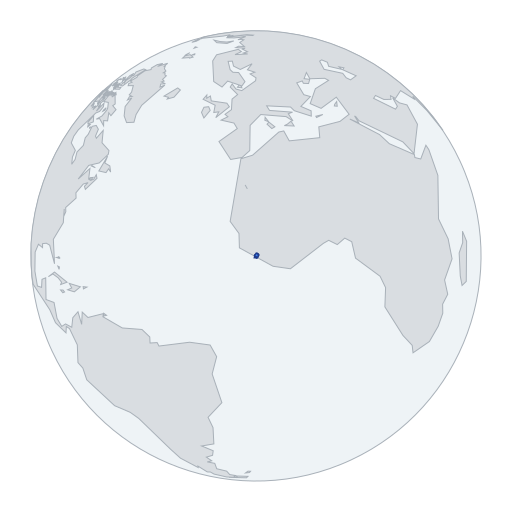 the Earth from above Boke, rotated 335°
{"feature_id": "GIN-5629", "entity_name": "Boke", "entity_type": "Prefecture", "adm_level": 1, "iso_a3": "GIN", "parent_name": "Guinea", "parent_adm1": "", "projection": "orthographic", "projection_center": [-14.564, 11.071], "detail": "fine", "context": "on_globe", "style": "filled", "palette": "blue", "viewbox_px": 512, "rotation_deg": 335, "n_neighbors": 0, "source": "natural_earth", "source_scale": "10m", "svg_char_len": 9674}
<svg xmlns="http://www.w3.org/2000/svg" viewBox="0 0 512 512"><g transform="rotate(335 256 256)"><circle cx="256" cy="256" r="225" fill="#eef3f6" stroke="#a8b0b8"/><path d="M187.1,41.5L187.0,41.8L169.6,50.7L174.2,49.1L170.4,52.4L174.3,52.1L170.0,54.5L176.8,52.3L180.0,50.2L184.1,48.7L186.7,48.5L181.6,51.3L179.6,51.8L179.4,52.6L175.8,54.2L179.1,53.3L172.6,57.2L182.8,53.3L180.7,56.3L175.4,58.9L171.2,58.7L148.2,66.6L141.5,70.4L136.4,75.4L136.9,83.9L131.5,88.7L127.7,95.0L132.9,92.0L137.7,86.1L146.3,82.8L151.2,76.7L155.4,74.8L162.3,69.2L166.4,70.2L166.7,74.5L161.2,79.5L161.1,81.8L170.6,77.6L164.3,88.3L167.3,98.3L165.1,101.4L153.3,105.4L142.7,103.2L127.4,111.1L142.5,106.5L136.8,115.6L138.0,117.6L141.4,117.8L145.6,114.8L144.7,118.4L129.5,123.5L130.0,120.3L134.8,118.5L129.8,117.8L119.5,122.6L117.4,127.5L104.0,131.6L102.4,135.4L98.5,138.8L102.1,132.3L95.4,144.4L79.4,155.2L70.1,177.9L73.6,159.0L71.4,155.8L67.8,154.6L66.1,158.2L63.8,153.4L57.5,159.1L49.2,176.3L45.2,190.8L48.4,193.8L52.2,186.7L56.2,186.9L47.3,206.7L53.3,212.8L49.3,228.5L50.2,237.7L54.7,237.1L58.9,242.7L63.9,234.5L71.1,231.3L69.1,244.3L74.8,233.4L77.7,240.7L93.3,243.7L91.6,246.4L104.4,264.7L121.6,274.4L125.5,284.5L123.2,290.1L129.8,292.7L130.0,296.6L159.4,306.1L176.8,317.3L177.8,330.6L166.4,344.4L163.1,374.5L144.4,381.9L144.5,393.4L138.4,408.5L126.4,405.2L134.9,414.4L132.4,418.3L126.0,417.3L129.3,422.9L124.8,422.0L131.0,426.5L130.5,432.2L138.5,438.6L139.8,443.0L145.3,446.7L143.3,446.1L143.0,446.8L145.2,448.6L136.1,443.9L125.8,435.9L123.4,432.5L120.6,431.1L114.6,421.9L114.2,423.3L102.1,407.3L96.7,394.5L81.1,353.7L75.9,344.5L64.6,331.9L50.3,296.7L51.7,284.4L49.6,277.4L56.5,261.0L56.3,243.0L54.3,239.7L51.3,245.4L46.1,231.7L46.4,217.5L42.1,187.4L44.3,179.9L48.4,169.4L57.3,149.8L65.2,136.2L74.1,123.1L83.8,110.7L94.4,99.1L105.7,88.2L117.8,78.1L130.6,68.8L144.0,60.5L157.9,53.2L172.3,46.8L187.1,41.5ZM66.6,185.4L73.7,199.9L66.9,199.3L68.7,197.6L67.5,192.2L64.3,186.4L59.1,187.0L66.6,185.4ZM76.1,174.5L74.6,173.0L76.4,173.5L76.1,174.5ZM159.6,69.1L160.9,69.1L158.9,70.1L159.6,69.1ZM161.3,66.8L158.1,67.9L158.5,67.0L160.4,66.3L161.3,66.8ZM165.2,65.7L159.5,65.3L160.2,63.8L168.3,60.1L165.2,65.7ZM179.9,49.7L176.6,51.8L177.0,50.3L179.9,49.7ZM179.2,49.1L174.5,47.8L180.7,45.0L181.0,45.8L187.1,42.8L192.4,41.9L190.3,43.4L185.2,45.3L191.1,43.7L179.2,49.1ZM185.8,48.0L184.3,47.8L189.5,45.2L193.5,45.2L190.5,46.0L185.8,48.0ZM186.1,42.6L190.7,41.0L196.3,39.8L198.8,39.1L193.1,41.7L186.1,42.6ZM190.6,46.5L195.4,45.4L195.2,46.6L187.6,48.1L190.6,46.5ZM189.2,44.7L191.9,43.6L191.7,44.1L189.2,44.7ZM197.4,50.8L195.5,50.2L198.1,48.7L197.4,50.8ZM197.1,44.9L197.2,44.6L198.0,44.0L201.0,43.6L197.1,44.9ZM197.4,40.9L198.8,40.9L200.0,39.7L204.3,39.1L199.7,41.1L203.4,40.0L204.7,39.9L199.5,41.8L197.4,40.9ZM206.4,41.7L202.0,44.7L205.0,46.0L202.8,47.2L198.4,45.0L206.4,41.7ZM202.8,41.5L204.5,41.9L200.9,43.0L197.5,43.5L202.8,41.5ZM208.8,38.2L203.5,38.5L204.7,38.1L208.8,38.2ZM208.0,41.8L209.0,41.2L208.6,41.8L208.0,41.8ZM209.3,38.9L207.3,39.0L208.7,38.5L209.3,38.9ZM212.8,39.9L211.3,40.8L209.0,41.0L212.8,39.9ZM211.8,39.3L214.2,38.6L209.0,40.6L210.6,39.4L211.8,39.3ZM211.0,38.5L211.2,38.2L211.7,38.5L211.0,38.5ZM222.5,38.9L216.5,41.3L211.3,41.7L217.9,39.2L222.5,38.9ZM153.6,453.0L138.0,445.2L145.7,449.0L145.3,447.1L155.6,452.3L153.6,453.0ZM154.8,448.2L157.8,447.6L160.1,448.8L158.6,449.5L154.8,448.2ZM478.6,221.1L472.4,196.5L465.6,177.5L465.7,180.7L456.9,167.2L449.0,172.1L445.6,167.6L444.6,171.1L438.1,168.2L432.1,161.0L429.2,162.8L444.5,181.9L447.4,180.1L446.7,170.4L450.7,177.8L456.7,182.9L458.0,204.8L442.5,230.0L437.3,214.6L406.5,177.0L405.4,172.1L405.1,171.6L404.5,170.7L405.4,178.8L398.9,171.5L419.3,198.2L424.3,210.6L442.4,231.0L441.6,233.9L446.3,237.7L456.8,227.4L457.6,232.7L454.9,259.8L437.1,299.5L437.4,321.6L432.5,341.4L416.8,357.4L413.6,371.7L404.8,378.5L401.1,386.8L391.4,396.7L377.0,406.8L357.4,410.1L359.8,403.0L355.6,390.1L351.3,356.6L360.1,339.4L359.9,326.8L345.3,300.0L348.8,283.5L344.0,277.3L334.5,280.0L328.5,272.5L322.4,273.0L281.8,282.1L267.1,272.5L244.4,241.6L250.1,228.4L247.2,213.7L283.4,161.5L295.5,163.2L329.1,153.3L334.0,154.4L334.8,165.7L363.8,175.7L367.5,165.5L389.0,169.5L400.3,166.9L395.9,146.0L377.4,149.7L369.5,140.8L380.5,129.5L396.0,127.5L393.4,124.0L379.7,118.1L379.2,111.0L374.5,115.6L379.4,118.6L376.5,121.9L371.9,119.5L371.9,116.9L366.1,116.3L367.5,130.0L372.7,134.5L359.9,139.4L367.3,147.7L365.2,152.6L352.1,140.5L350.3,135.6L329.1,124.4L329.8,129.8L349.9,141.1L345.4,140.7L346.6,149.3L342.2,142.4L320.1,129.8L305.9,135.1L294.9,157.8L285.1,160.8L273.8,157.8L270.8,136.6L292.9,132.6L292.2,126.2L281.8,118.1L289.4,117.9L287.8,114.5L295.6,113.0L300.6,103.7L307.6,101.9L304.0,92.0L307.1,90.0L308.4,96.2L313.0,100.1L329.7,97.0L331.3,94.5L327.6,88.5L332.6,88.9L326.9,83.6L333.7,80.1L320.6,80.3L315.9,74.4L316.9,69.4L313.0,67.8L311.3,76.2L312.7,79.7L317.8,82.4L319.7,93.3L315.1,95.9L304.2,85.5L296.6,88.5L291.4,80.0L299.2,60.9L305.3,57.0L327.3,61.2L329.1,64.6L322.1,64.6L333.8,69.4L330.4,66.7L334.6,67.3L331.1,62.8L333.9,63.1L325.8,58.6L328.9,58.5L334.0,61.3L331.5,55.6L336.3,54.9L334.4,53.5L331.0,52.3L339.4,52.8L337.7,51.9L334.2,51.2L328.4,49.1L321.4,45.7L324.7,46.1L327.7,47.3L338.9,50.9L346.2,54.8L346.9,54.7L341.3,51.5L327.6,47.0L322.5,44.9L328.8,46.5L326.1,45.8L324.6,44.9L326.2,44.6L319.2,42.8L298.0,35.5L299.0,35.0L306.9,36.7L301.2,35.3L316.8,39.1L332.1,44.0L347.0,49.9L361.5,56.9L375.4,65.0L388.7,74.0L401.4,83.9L413.3,94.7L424.4,106.3L434.6,118.7L444.0,131.8L452.3,145.5L459.7,159.8L466.1,174.6L471.3,189.8L475.5,205.3L478.6,221.1ZM276.2,187.0L276.5,191.5L276.2,187.0ZM416.1,136.3L422.9,135.0L413.3,123.8L415.2,122.6L411.2,119.6L412.6,123.1L402.0,114.8L402.6,110.6L398.4,106.0L396.0,106.3L396.6,115.6L411.8,127.1L413.0,132.5L416.1,136.3ZM93.8,243.6L95.5,246.6L92.8,246.1L93.8,243.6ZM64.5,204.2L66.7,205.3L67.3,207.7L65.4,207.7L64.5,204.2ZM86.4,210.7L89.6,212.7L85.7,212.9L86.4,210.7ZM75.2,201.9L83.8,209.7L76.2,211.7L71.0,207.0L75.5,207.1L75.2,201.9ZM72.1,181.4L73.2,182.8L71.9,184.9L72.1,181.4ZM77.4,174.9L76.8,175.0L76.9,172.8L77.4,174.9ZM137.7,115.3L138.9,115.0L141.6,115.9L139.1,117.0L137.7,115.3ZM161.6,112.6L159.7,118.5L159.3,114.7L155.3,117.0L149.5,112.5L163.7,102.8L158.3,107.8L161.6,112.6ZM145.6,104.8L147.7,108.1L144.9,104.9L145.6,104.8ZM271.7,99.2L276.2,100.7L276.0,104.7L267.1,108.9L267.3,102.8L271.7,99.2ZM282.7,102.1L274.3,91.6L279.5,89.3L278.0,92.2L282.3,91.7L281.0,96.5L294.2,105.2L294.9,109.5L278.0,113.6L283.2,109.6L278.4,108.1L282.7,102.1ZM243.8,75.2L240.2,72.2L256.1,70.6L257.6,73.6L248.8,77.4L241.9,76.2L243.8,75.2ZM180.7,60.0L178.3,60.1L179.7,59.2L182.9,58.3L180.7,60.0ZM196.3,50.6L192.6,58.7L189.7,59.2L191.0,64.2L183.8,67.5L183.1,64.0L178.6,70.8L175.2,68.9L172.9,73.6L172.3,65.3L169.1,64.5L175.5,64.0L182.2,60.9L184.1,59.3L187.1,54.4L183.4,51.7L189.4,48.7L194.7,47.4L196.5,47.6L192.0,49.3L197.7,48.3L192.5,51.0L196.3,50.6ZM252.9,42.1L246.9,42.6L257.4,44.0L252.3,45.5L253.9,45.6L252.1,47.6L252.5,50.3L249.5,50.8L251.0,51.7L249.9,53.3L250.9,54.8L245.9,56.5L246.7,58.6L243.9,58.3L246.7,61.6L242.3,59.9L240.4,62.3L245.6,62.6L216.1,71.1L207.1,77.1L201.9,83.2L195.1,80.4L195.7,73.3L200.6,65.2L210.2,60.3L205.4,60.3L208.6,58.1L211.1,59.0L209.2,56.4L212.5,54.9L216.8,49.7L212.1,47.6L213.6,45.9L217.1,46.1L216.1,44.4L223.7,43.7L224.9,42.6L233.6,41.2L239.7,42.7L240.6,41.4L247.3,40.8L252.9,42.1ZM225.0,38.5L233.4,39.1L234.8,40.5L219.0,42.5L216.9,43.5L206.8,45.5L205.1,43.7L208.1,43.2L210.7,42.4L210.2,43.3L212.5,41.9L216.7,41.4L219.6,40.3L221.6,40.7L225.0,38.5ZM336.8,149.8L340.1,149.8L344.7,148.6L345.5,154.3L336.8,149.8ZM321.7,141.2L324.3,140.1L327.7,146.9L324.2,147.2L321.7,141.2ZM322.9,134.1L324.2,139.6L321.4,136.8L322.9,134.1ZM310.5,95.2L312.9,94.0L314.3,95.3L314.3,97.6L310.5,95.2ZM283.0,49.1L279.4,48.6L279.4,48.0L273.1,45.6L276.4,44.6L281.4,45.7L283.0,49.1ZM394.4,150.1L392.9,154.6L390.4,153.1L391.4,151.8L394.4,150.1ZM369.3,154.6L376.4,156.0L369.4,156.1L369.3,154.6ZM285.5,47.7L282.5,46.7L286.0,46.9L285.5,47.7ZM278.4,43.9L282.0,43.8L276.0,44.2L278.4,43.9ZM453.1,331.7L435.8,367.9L430.3,369.8L432.7,360.4L441.4,339.1L449.0,331.2L453.6,320.8L453.1,331.7ZM309.2,42.6L314.3,46.6L320.1,49.8L326.8,51.7L319.6,51.1L310.6,46.1L309.2,42.6ZM299.1,36.1L293.2,35.1L294.2,35.0L295.7,35.2L299.1,36.1ZM296.6,36.0L292.4,36.1L288.1,35.2L292.3,35.2L296.6,36.0ZM289.3,40.7L290.6,41.8L287.7,41.5L289.3,40.7Z" fill="#d9dde1" stroke="#a8b0b8" stroke-width="1"/><path d="M257.1,253.6L257.4,253.7L257.5,253.7L257.7,253.8L257.8,253.8L257.9,253.7L258.1,253.8L258.0,254.1L258.1,254.3L258.3,254.3L258.5,254.6L258.5,254.8L258.8,254.9L258.9,255.1L258.8,255.3L259.0,255.3L259.0,255.5L259.1,255.8L259.1,256.0L258.9,256.1L258.9,256.3L258.8,256.5L258.7,256.7L258.4,256.8L258.2,256.8L258.0,257.1L257.8,257.3L257.6,257.6L257.4,257.8L257.1,257.9L256.6,257.9L256.4,258.0L256.1,258.2L256.0,258.3L255.9,258.3L255.7,258.3L255.6,258.2L255.8,257.9L255.7,257.8L255.8,257.7L255.8,257.4L255.9,257.5L255.9,257.4L256.0,257.4L256.0,257.2L256.2,256.9L256.2,256.7L256.2,256.8L256.0,257.0L255.9,257.1L255.8,257.3L255.7,257.4L255.6,257.6L255.4,257.5L255.4,257.3L255.5,257.2L255.4,257.2L255.3,257.3L255.2,257.5L255.2,257.4L255.1,257.2L255.3,257.1L255.3,256.9L255.2,256.8L255.1,257.0L255.1,256.9L255.1,256.7L255.2,256.4L255.3,256.4L255.5,256.3L255.5,256.2L255.4,256.1L255.4,256.3L255.2,256.3L255.1,256.2L255.0,256.3L254.9,256.4L254.7,256.2L254.7,256.3L254.6,256.5L254.5,256.8L254.4,256.8L254.4,257.0L254.5,257.0L254.4,257.2L254.2,257.1L254.0,256.9L254.0,256.7L254.3,256.5L254.3,256.4L254.2,256.4L254.3,256.3L254.5,256.1L254.8,255.4L254.9,255.1L255.0,255.0L255.4,254.4L255.5,254.3L256.0,254.3L256.5,254.1L256.9,253.9L257.0,253.7L257.1,253.6Z" fill="#3b82f6" stroke="#1e3a8a" stroke-width="1.5"/></g></svg>